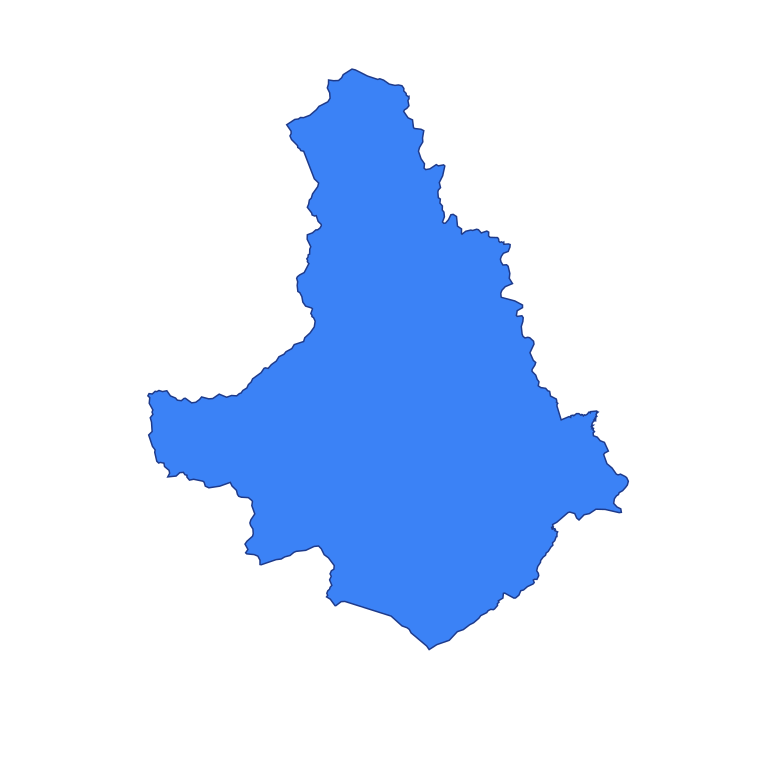 outline of Phanom, Surat Thani, Thailand, rotated 46°
{"feature_id": "78962969B14493078239270", "entity_name": "Phanom", "entity_type": "district", "adm_level": 2, "iso_a3": "THA", "parent_name": "Thailand", "parent_adm1": "Surat Thani", "projection": "robinson", "projection_center": [98.753, 8.805], "detail": "fine", "context": "isolated", "style": "filled", "palette": "blue", "viewbox_px": 768, "rotation_deg": 46, "n_neighbors": 0, "source": "geoboundaries", "source_scale": "gbopen_adm2", "svg_char_len": 6170}
<svg xmlns="http://www.w3.org/2000/svg" viewBox="0 0 768 768"><g transform="rotate(46 384 384)"><path d="M194.4,166.2L194.0,167.0L191.7,167.3L190.3,166.2L186.9,166.2L185.2,164.4L181.9,163.9L178.9,165.9L176.8,168.7L171.9,171.9L165.1,173.2L161.5,175.0L160.6,176.9L151.1,181.9L138.2,186.4L135.2,188.3L133.1,198.4L134.3,201.7L134.1,205.9L130.8,209.6L126.8,212.7L129.7,215.6L131.6,219.1L136.8,220.8L141.0,224.3L142.0,228.4L139.1,237.9L139.7,242.0L139.2,250.6L136.5,256.9L134.3,258.9L133.9,261.5L131.7,264.4L129.9,273.9L137.6,275.2L139.4,276.9L140.2,279.3L143.9,280.7L152.5,280.6L153.9,281.7L156.4,281.2L158.3,281.7L160.8,280.1L188.0,291.6L194.0,291.4L196.0,294.6L197.6,303.3L199.8,307.2L199.8,309.9L202.3,313.3L203.6,316.4L210.6,317.2L212.5,318.3L215.0,317.2L215.8,315.8L221.3,318.4L225.5,318.3L226.6,319.1L227.3,321.7L227.0,324.6L225.8,326.0L225.6,330.4L223.4,335.5L226.5,338.7L234.4,341.3L235.4,343.7L238.9,347.3L238.4,348.7L240.0,350.6L240.3,352.6L242.0,353.0L242.8,354.2L245.2,354.4L248.4,364.0L247.0,368.7L246.7,371.7L247.3,373.4L250.5,375.1L252.8,378.0L257.6,381.7L259.8,381.1L264.1,382.4L268.7,385.5L273.5,386.3L279.0,383.3L280.3,383.3L282.5,387.7L284.6,388.1L285.4,389.0L287.4,388.6L291.0,389.9L294.5,394.5L295.9,401.7L295.7,408.9L297.6,412.3L293.3,421.2L294.5,425.7L292.7,432.0L293.1,435.3L291.4,440.6L292.7,445.6L291.8,451.5L292.3,456.5L289.9,458.2L289.4,459.5L290.5,464.5L289.0,474.9L290.3,478.3L290.2,481.9L291.6,485.4L290.6,490.0L291.2,493.1L290.4,494.8L290.2,498.2L286.4,501.6L284.2,506.4L276.8,509.6L275.5,517.3L272.9,520.4L266.6,524.2L267.0,527.5L266.4,532.1L263.9,535.5L256.3,536.8L255.5,537.8L255.2,541.4L252.1,543.9L249.3,543.7L244.2,545.9L238.0,544.9L235.6,548.6L232.3,550.4L231.7,552.7L230.3,553.7L230.2,557.6L227.7,559.7L228.5,562.1L231.1,562.0L234.8,566.3L242.1,568.3L243.1,570.4L245.3,571.3L245.9,575.6L249.9,577.7L257.1,583.8L257.2,588.7L268.1,593.9L272.4,594.4L273.9,596.4L281.7,601.1L284.3,601.0L285.1,599.3L288.1,597.3L290.9,599.2L296.8,598.6L299.3,600.2L300.6,604.1L305.8,597.5L305.9,592.5L308.2,589.7L311.0,590.2L312.8,589.1L314.0,590.4L318.0,590.7L320.3,587.1L328.1,581.8L329.7,581.6L333.3,583.5L337.0,582.1L343.4,573.1L348.0,562.9L351.8,564.2L358.0,564.0L361.6,566.1L363.8,566.5L366.3,565.3L371.5,560.5L376.0,560.0L377.2,560.3L379.7,563.6L387.7,567.2L389.2,574.1L390.8,577.0L393.1,578.2L397.2,579.0L400.9,582.1L402.2,584.4L401.9,591.7L402.6,595.2L408.5,596.8L409.3,600.8L410.9,600.7L416.5,595.9L420.2,594.3L424.6,595.6L427.7,598.6L428.7,597.9L435.4,583.6L438.5,579.5L439.4,575.5L442.1,570.7L442.5,565.7L443.4,563.4L449.3,555.8L452.3,547.1L455.1,543.6L459.0,543.6L465.2,545.6L470.4,544.7L480.0,545.9L482.4,548.7L481.8,551.6L483.1,554.7L485.7,555.5L487.1,559.2L492.6,561.4L492.8,563.9L493.8,565.8L493.7,568.0L494.8,570.5L496.9,571.3L497.2,573.2L501.5,572.1L509.4,573.2L510.0,572.6L510.8,566.0L513.2,563.2L555.9,540.1L570.5,539.1L575.4,536.7L578.1,536.3L581.9,537.4L602.1,535.3L606.4,536.0L608.2,527.0L613.7,515.1L613.1,503.3L615.8,497.5L616.7,489.5L618.0,485.4L618.4,478.5L617.8,475.3L619.8,469.0L619.4,466.5L620.3,463.7L622.3,462.1L622.6,460.7L622.2,456.2L620.8,455.1L620.8,452.8L619.4,452.4L620.6,447.2L617.5,443.5L618.3,442.4L628.2,439.3L629.3,438.0L629.6,433.6L627.7,429.2L629.1,426.7L629.4,421.5L631.4,415.7L631.2,413.9L628.7,412.8L629.0,411.4L630.8,409.7L629.4,405.9L627.4,404.5L624.4,403.9L622.1,400.3L621.0,395.3L619.8,394.0L619.1,389.8L619.4,386.8L618.2,384.8L618.5,382.2L617.2,377.0L617.3,374.6L615.3,373.1L615.3,370.0L613.5,366.4L613.9,365.6L611.6,363.4L611.0,361.8L608.0,363.0L607.7,361.8L606.7,361.6L605.3,363.8L604.2,363.3L605.2,362.8L604.5,361.6L603.7,362.3L603.5,361.1L602.2,360.3L603.5,355.8L604.3,341.0L605.2,339.3L609.7,336.8L614.2,338.5L617.3,338.2L617.1,330.8L619.9,326.3L621.3,318.5L627.9,312.0L639.9,304.2L641.2,302.4L638.3,300.4L634.4,301.8L629.4,301.7L626.6,298.0L625.9,294.4L626.4,292.2L625.5,290.3L626.5,286.5L626.2,282.0L625.7,279.1L623.7,275.8L619.9,274.5L618.0,274.8L613.1,276.5L612.0,278.7L610.3,279.5L602.9,278.3L596.2,279.0L587.3,275.0L587.0,273.2L588.1,269.2L579.1,266.0L574.9,267.9L570.4,267.5L566.7,269.3L564.4,267.5L564.5,265.7L562.3,265.6L561.6,264.3L560.6,265.4L560.4,263.6L560.3,264.4L558.8,264.6L559.0,262.2L558.0,263.2L556.8,261.4L556.3,258.9L557.1,257.8L556.0,257.9L556.5,257.0L555.8,257.2L556.0,256.1L555.1,256.1L555.5,255.0L554.6,254.3L555.1,253.4L553.4,252.8L552.8,251.6L552.9,249.5L552.1,249.9L552.0,249.0L551.9,250.5L551.0,250.0L547.3,254.7L548.0,255.6L546.6,256.1L546.9,259.0L546.3,260.9L545.4,261.3L545.4,262.8L544.1,262.5L543.3,262.9L543.3,264.0L540.7,264.4L539.0,266.1L538.7,269.5L537.8,269.6L536.6,271.5L537.7,272.9L536.0,273.5L532.9,281.5L520.0,274.9L518.8,273.6L518.6,272.4L516.8,272.6L516.5,271.7L514.5,270.5L508.3,272.6L504.4,270.0L502.6,270.9L499.4,270.7L495.5,273.7L492.4,274.3L490.1,271.0L487.1,270.6L483.1,268.7L477.7,268.7L476.4,267.3L475.2,262.3L473.9,259.9L470.8,260.2L462.9,257.3L459.5,248.4L457.1,246.7L452.0,247.0L450.3,248.1L448.8,250.6L446.2,250.9L443.9,249.9L438.0,245.3L435.5,240.7L433.0,237.8L430.7,237.4L427.9,241.2L426.6,241.1L423.8,237.3L425.3,231.3L423.4,229.5L415.1,232.2L403.2,239.4L402.4,239.0L399.8,236.9L398.5,234.1L398.2,229.2L401.0,221.8L395.0,220.5L391.9,216.7L385.5,212.9L383.4,213.0L381.0,215.8L377.4,215.0L375.0,213.5L373.6,210.7L372.9,207.3L374.9,202.6L373.0,198.3L371.3,196.4L369.7,197.2L366.8,200.7L365.1,199.3L365.0,200.2L363.4,200.7L362.7,202.2L361.0,202.2L359.4,200.9L357.6,200.6L352.1,205.9L350.1,205.9L347.5,203.2L345.4,203.8L342.9,209.1L338.6,208.9L337.0,209.9L335.2,213.5L333.5,214.7L330.9,219.1L330.4,223.8L329.6,223.8L326.3,220.5L321.5,221.5L313.9,215.5L310.0,216.4L308.7,218.3L310.6,223.4L311.0,227.9L309.9,229.4L308.1,229.4L305.7,224.4L302.0,221.5L299.3,221.2L296.5,218.3L292.7,218.1L290.1,215.0L287.7,215.5L283.2,211.8L282.2,210.1L282.0,206.9L277.5,204.3L275.0,197.2L269.4,188.8L267.8,188.9L264.8,193.4L262.5,194.0L261.1,201.6L258.7,205.1L256.5,205.2L253.7,201.9L247.7,200.9L240.5,197.5L238.5,194.1L236.8,187.9L233.8,185.4L229.4,179.4L226.5,180.4L221.2,184.7L219.8,184.5L213.8,180.0L209.2,181.8L201.6,180.5L201.0,178.9L201.6,176.1L201.2,172.8L196.7,169.9L196.2,167.9L194.4,166.2Z" fill="#3b82f6" stroke="#1e3a8a" stroke-width="1.5"/></g></svg>